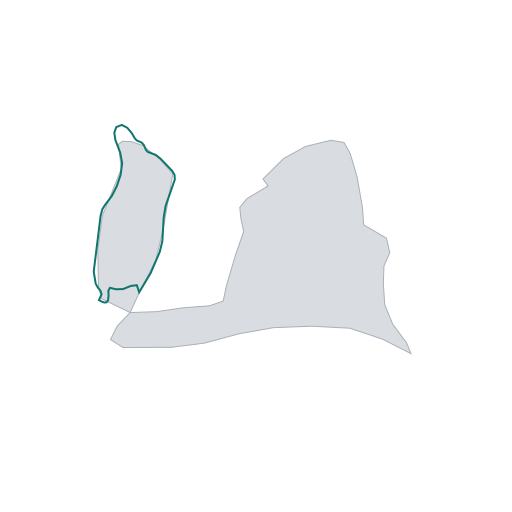 Brunei, with Temburong highlighted, rotated 206°
{"feature_id": "BRN-1183", "entity_name": "Temburong", "entity_type": "District", "adm_level": 1, "iso_a3": "BRN", "parent_name": "Brunei", "parent_adm1": "", "projection": "orthographic", "projection_center": [115.184, 4.611], "detail": "fine", "context": "in_parent", "style": "outline", "palette": "teal", "viewbox_px": 512, "rotation_deg": 206, "n_neighbors": 0, "source": "natural_earth", "source_scale": "10m", "svg_char_len": 1499}
<svg xmlns="http://www.w3.org/2000/svg" viewBox="0 0 512 512"><g transform="rotate(206 256 256)"><path d="M344.3,150.0L321.3,162.2L298.8,177.5L276.2,190.7L265.7,201.1L269.4,215.6L274.8,247.6L277.8,272.7L285.7,282.6L291.9,292.6L289.3,303.5L275.9,324.3L283.5,328.3L273.9,355.8L259.5,376.2L239.5,392.8L226.7,396.6L216.4,389.5L199.7,371.3L181.4,346.0L172.9,331.2L146.6,329.2L137.2,317.6L136.7,303.3L129.2,286.5L118.9,268.6L103.4,254.8L82.7,244.0L73.9,236.2L105.9,236.7L140.1,232.2L175.2,217.3L209.0,199.2L237.4,178.5L264.0,155.2L292.1,136.8L335.5,115.4L350.2,117.1L350.0,132.3L344.3,150.0ZM376.1,150.0L384.1,159.3L400.8,192.0L411.7,224.8L415.2,274.9L428.5,296.1L426.4,300.5L418.4,304.1L406.0,305.6L384.7,300.8L366.8,293.4L351.2,239.3L344.3,208.7L344.9,172.1L344.3,150.0L376.1,150.0Z" fill="#d9dde1" stroke="#a8b0b8" stroke-width="1"/><path d="M377.8,147.5L378.0,153.9L380.6,156.6L384.3,158.3L387.9,160.8L395.0,170.8L413.3,224.0L414.6,230.7L414.1,235.6L411.9,246.7L411.7,257.8L413.3,269.7L417.0,280.8L423.4,289.4L433.3,298.7L437.4,304.7L438.1,310.6L434.0,315.0L427.9,314.8L421.4,311.9L416.3,308.5L413.8,307.6L408.4,307.8L405.5,306.6L401.1,302.9L398.7,302.1L390.3,302.9L384.5,301.6L368.5,295.7L364.8,293.2L362.5,289.2L359.2,261.4L355.9,250.3L346.7,228.4L344.3,217.5L343.2,194.6L345.1,172.2L350.3,177.5L355.4,174.2L361.0,168.0L367.3,164.7L373.3,163.4L373.5,160.1L371.1,155.7L369.5,151.0L370.1,148.8L371.9,147.7L374.5,147.4L377.7,147.5L377.8,147.5Z" fill="none" stroke="#0f766e" stroke-width="2"/></g></svg>